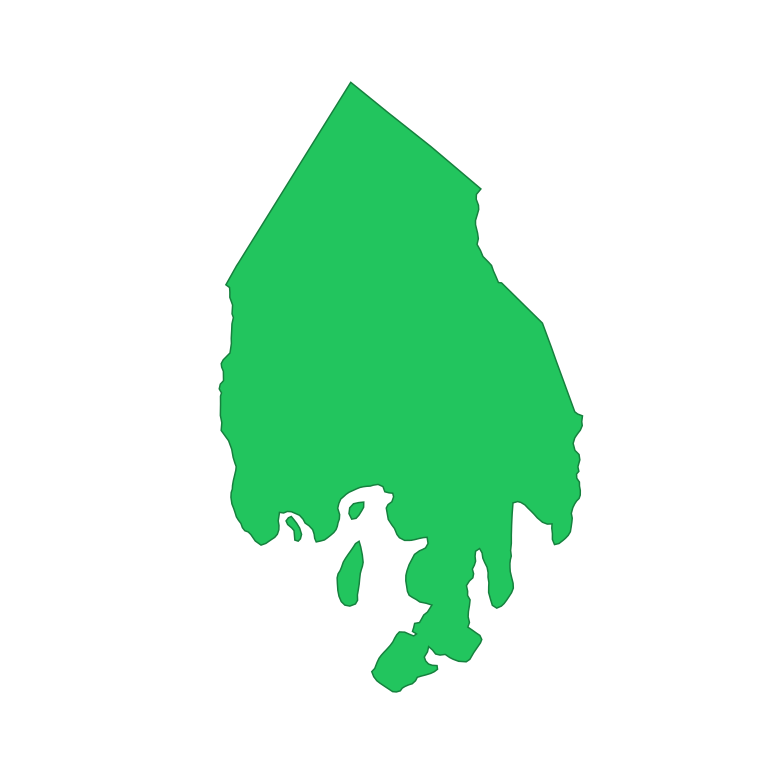 outline of Augusto Corrêa, Pará, Brazil, rotated 163°
{"feature_id": "56859067B74393443468335", "entity_name": "Augusto Corrêa", "entity_type": "district", "adm_level": 2, "iso_a3": "BRA", "parent_name": "Brazil", "parent_adm1": "Pará", "projection": "natural_earth1", "projection_center": [-46.475, -1.101], "detail": "fine", "context": "isolated", "style": "filled", "palette": "green", "viewbox_px": 768, "rotation_deg": 163, "n_neighbors": 0, "source": "geoboundaries", "source_scale": "gbopen_adm2", "svg_char_len": 4713}
<svg xmlns="http://www.w3.org/2000/svg" viewBox="0 0 768 768"><g transform="rotate(163 384 384)"><path d="M561.4,288.0L560.0,284.4L557.1,282.2L555.4,279.1L554.2,275.3L553.0,271.5L548.7,265.9L543.6,266.1L538.0,267.9L533.3,269.3L529.9,271.5L527.2,275.3L525.8,279.4L525.2,284.0L523.1,288.4L521.5,291.8L517.7,290.0L513.8,290.4L510.0,289.0L506.9,286.4L503.1,283.1L500.9,278.4L500.1,274.1L497.1,270.3L494.8,265.6L494.7,260.9L495.4,256.7L495.0,252.8L490.4,252.4L486.5,252.3L483.2,253.4L479.1,255.0L475.5,256.6L472.4,258.8L470.3,261.5L468.5,264.8L466.2,267.9L464.6,272.1L464.6,278.7L462.1,283.0L459.0,286.6L455.4,288.2L452.5,289.6L449.0,290.7L445.2,291.2L440.7,291.8L437.2,292.1L433.7,291.8L430.2,291.2L427.0,290.4L423.8,290.4L419.0,289.7L415.0,286.2L414.7,280.7L411.1,278.5L407.6,277.0L407.8,273.3L410.9,269.1L415.4,267.5L418.1,264.7L419.5,253.2L417.8,247.2L416.2,242.7L415.6,236.3L414.2,232.5L410.0,228.4L403.9,226.6L400.0,226.2L395.4,226.0L391.3,225.6L387.6,224.8L388.5,218.6L392.2,215.1L395.4,214.5L398.9,214.1L404.7,212.1L412.8,203.9L416.6,198.7L419.0,194.6L420.7,189.4L422.2,178.9L421.7,174.6L419.3,171.7L416.2,168.5L413.5,165.1L407.6,161.9L402.8,158.6L409.1,153.2L413.5,151.5L417.2,147.9L419.8,145.5L424.7,146.1L426.9,142.3L429.1,139.1L426.0,135.5L429.3,134.4L432.8,137.2L436.7,140.6L441.8,142.4L445.1,140.5L448.0,137.9L450.9,134.8L454.7,132.0L459.7,129.0L462.6,127.4L465.9,125.4L468.9,123.2L472.0,119.8L476.0,114.7L479.8,112.5L479.4,107.1L477.6,102.3L475.4,99.2L471.7,94.6L468.3,90.5L465.7,87.3L462.2,85.9L458.1,85.8L455.5,87.8L452.5,88.6L448.3,89.1L444.6,89.1L440.6,91.0L437.9,93.8L433.8,93.8L429.1,93.6L423.9,93.6L419.9,94.2L416.2,95.6L415.6,99.2L420.1,100.9L423.3,103.2L425.1,106.9L425.3,111.1L420.7,115.2L418.1,119.8L415.4,115.5L413.6,110.7L409.7,108.4L404.5,107.5L401.2,103.3L398.4,100.6L393.7,97.0L386.6,94.3L382.4,95.6L376.7,100.9L371.8,104.8L367.4,108.3L365.2,111.1L365.8,115.5L368.4,118.7L371.0,122.1L374.9,127.0L372.0,131.0L371.6,136.8L369.8,141.7L367.0,147.3L364.8,152.4L365.9,157.4L364.6,161.4L364.1,167.1L359.9,170.7L355.7,172.7L353.8,176.3L353.6,181.2L350.6,184.3L348.2,187.8L347.3,192.6L345.3,197.3L340.7,198.7L339.6,193.8L340.4,188.6L339.9,183.9L339.0,178.5L339.6,173.1L341.0,168.9L341.8,163.3L343.2,159.4L344.9,154.0L345.1,146.8L345.1,140.7L341.7,136.7L336.7,137.3L333.4,138.9L330.1,141.3L326.3,144.4L323.0,147.2L320.0,151.0L318.8,155.8L318.5,162.0L318.1,167.8L317.2,171.6L316.0,175.7L314.5,179.1L312.6,182.2L311.6,187.8L308.8,194.4L306.4,202.3L304.9,206.7L303.3,211.5L301.2,217.4L299.4,222.4L295.4,232.6L290.6,232.5L287.8,230.8L284.6,227.2L282.5,223.0L280.5,219.4L278.6,215.7L276.5,211.1L272.9,205.5L268.8,202.3L264.2,201.1L265.7,197.0L266.7,191.6L268.4,186.2L267.9,180.6L263.3,180.3L258.8,182.0L255.6,183.4L252.1,185.4L249.0,188.2L246.9,192.4L244.6,197.3L243.2,200.7L242.7,205.5L239.6,210.5L236.6,213.7L233.9,215.9L230.9,217.5L228.8,220.4L227.4,224.8L226.9,229.2L225.8,233.1L227.2,237.5L226.2,241.6L223.2,243.5L222.8,248.1L218.9,254.2L218.1,259.5L220.8,264.7L220.5,271.9L217.3,276.7L214.0,279.4L209.7,282.5L206.6,286.2L205.9,290.2L203.5,295.5L207.6,298.7L209.7,301.7L211.8,340.9L212.6,355.4L213.2,369.7L214.7,395.9L242.0,446.3L244.9,447.6L245.5,453.6L246.3,460.0L246.5,465.9L248.2,469.5L252.1,477.0L252.7,483.4L254.2,490.3L251.3,495.4L250.4,500.9L249.9,509.5L248.7,513.6L245.1,519.0L242.4,523.2L241.4,527.3L241.8,533.7L240.2,538.3L234.3,542.2L269.6,597.1L300.9,642.5L327.6,682.2L396.4,622.2L421.0,600.7L480.4,548.8L487.5,542.6L490.4,540.2L506.2,525.1L503.5,521.4L504.5,517.0L506.1,511.9L505.7,503.8L508.8,495.5L508.6,491.6L511.8,486.0L514.3,478.9L516.7,472.4L518.1,467.3L522.2,458.7L530.6,454.2L533.7,451.1L534.3,447.6L533.9,443.1L536.5,434.1L540.6,431.7L543.0,427.5L542.0,423.0L543.9,420.2L546.1,412.8L549.7,401.7L550.4,394.4L553.3,387.2L549.2,375.2L548.7,366.1L549.7,358.0L549.7,352.2L549.5,348.2L550.9,344.9L553.7,340.1L556.4,335.5L558.5,331.3L559.8,327.8L561.9,324.8L563.5,320.4L564.5,313.8L564.1,308.6L564.0,304.1L564.0,300.1L563.0,296.3L561.6,292.5L561.4,288.0ZM457.9,239.7L461.2,236.9L464.3,234.4L468.1,231.5L471.7,228.6L475.0,225.6L478.2,221.2L480.5,218.4L483.4,215.9L485.5,212.3L486.9,206.9L488.5,200.0L489.1,194.2L488.5,188.4L486.1,184.0L481.6,181.6L475.6,182.0L472.5,184.9L471.1,190.1L468.8,194.6L466.2,200.0L464.2,204.9L462.1,209.7L460.0,213.1L457.9,216.1L456.1,219.6L454.7,226.9L453.9,234.9L453.8,240.9L457.9,239.7ZM453.0,275.6L455.4,270.3L454.4,264.2L450.0,263.7L446.3,265.9L442.3,269.4L439.5,272.1L437.9,277.0L442.9,278.0L448.2,278.4L453.0,275.6ZM514.5,284.0L517.7,281.7L517.2,277.8L514.3,273.3L512.9,270.1L514.9,260.8L512.0,258.8L509.2,260.4L506.8,264.3L506.8,270.8L508.2,276.3L509.9,280.8L511.4,284.4L514.5,284.0Z" fill="#22c55e" stroke="#15803d" stroke-width="1.5"/></g></svg>